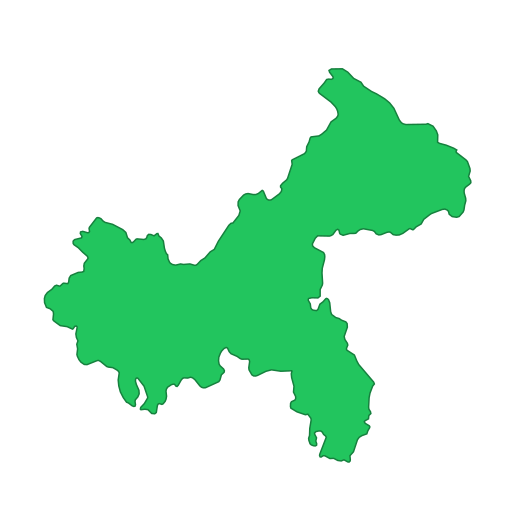 outline of Chongqing, rotated 6°
{"feature_id": "CHN-1154", "entity_name": "Chongqing", "entity_type": "Municipality", "adm_level": 1, "iso_a3": "CHN", "parent_name": "China", "parent_adm1": "", "projection": "mercator", "projection_center": [107.845, 30.195], "detail": "fine", "context": "isolated", "style": "filled", "palette": "green", "viewbox_px": 512, "rotation_deg": 6, "n_neighbors": 0, "source": "natural_earth", "source_scale": "10m", "svg_char_len": 6071}
<svg xmlns="http://www.w3.org/2000/svg" viewBox="0 0 512 512"><g transform="rotate(6 256 256)"><path d="M262.9,199.1L265.0,198.7L266.1,197.9L272.8,191.7L274.5,189.1L274.7,186.5L273.2,184.8L273.1,183.5L274.8,180.9L278.5,177.1L279.3,175.4L282.4,161.0L281.5,157.4L281.9,156.6L293.6,149.1L295.1,146.6L295.0,142.0L296.9,136.9L297.5,133.1L298.3,131.8L306.0,130.0L308.4,128.2L313.0,123.4L316.6,114.8L321.3,110.6L322.7,108.2L322.9,106.4L322.1,103.6L320.9,101.2L319.3,99.2L314.4,95.0L302.9,88.1L301.6,87.1L300.7,85.6L301.3,83.1L305.7,76.9L307.8,73.1L309.6,72.5L312.6,72.4L313.9,71.5L314.1,70.5L313.7,69.5L310.0,65.6L309.2,63.8L311.5,62.1L322.4,60.8L328.1,63.6L334.6,69.2L342.2,72.2L345.3,75.9L353.7,80.3L359.0,82.2L367.7,86.3L372.9,89.8L377.7,94.7L384.3,105.8L386.7,108.3L388.6,109.2L391.3,109.6L411.3,107.2L413.1,106.4L418.5,108.4L422.3,112.8L424.1,116.5L424.7,123.9L426.7,124.8L433.6,125.9L441.3,128.1L444.6,129.6L444.0,130.8L444.4,132.1L454.9,138.6L456.4,140.0L459.6,146.6L460.1,149.1L459.1,154.6L461.7,158.8L462.0,160.7L460.9,162.2L457.4,165.5L456.3,167.2L456.1,169.5L456.5,171.7L458.5,176.7L458.9,179.2L458.2,183.5L458.0,188.4L457.4,190.6L453.9,195.5L451.5,196.5L447.0,196.3L443.8,194.3L442.7,191.4L441.1,190.2L439.0,189.6L436.4,190.2L426.1,195.4L424.6,196.6L419.0,202.0L416.9,206.9L412.3,210.2L409.8,213.3L409.0,213.5L406.3,212.6L405.4,213.0L399.7,218.1L396.2,220.1L393.1,220.6L390.2,220.4L387.1,218.3L385.8,218.2L383.9,218.7L378.1,221.7L375.9,222.2L373.2,221.4L371.2,219.2L369.2,218.4L360.0,217.7L356.8,218.8L354.9,220.4L353.0,222.8L351.9,223.2L346.9,223.8L340.5,226.3L337.5,225.4L336.8,224.6L335.8,221.6L334.5,220.9L332.9,221.9L330.2,226.6L328.4,227.9L327.0,228.5L315.2,229.5L313.1,232.1L310.8,238.1L311.3,240.1L313.3,241.7L322.8,245.5L324.1,247.5L324.5,249.6L324.5,252.6L323.2,261.2L323.4,266.0L325.1,276.1L325.0,277.9L323.3,282.6L324.0,289.2L322.0,291.2L315.9,291.7L312.9,292.7L312.5,293.4L312.6,294.6L315.0,298.0L315.9,301.9L317.2,303.4L318.6,303.9L321.9,304.0L323.2,302.7L324.6,297.2L327.4,294.6L329.7,291.4L330.4,290.8L331.5,291.0L332.7,291.9L334.2,294.8L336.1,303.7L337.4,306.3L341.8,308.9L345.2,309.5L347.8,310.9L352.2,312.1L353.7,313.7L354.3,317.2L352.1,326.8L353.1,329.7L356.0,333.3L356.6,335.0L355.7,338.1L355.7,339.2L356.3,340.2L364.2,344.2L367.3,350.0L369.5,353.2L386.2,369.1L387.1,370.9L385.6,373.2L383.7,380.5L383.3,385.1L383.8,394.5L384.3,396.6L386.1,398.8L386.7,400.7L384.9,402.8L384.9,406.2L381.7,408.4L381.0,409.5L382.1,411.0L386.5,413.1L387.0,413.8L387.0,414.8L385.5,418.1L384.8,421.3L380.2,423.5L377.6,425.5L376.1,428.1L373.4,440.5L370.3,444.8L371.1,448.9L371.0,450.1L370.1,451.2L368.8,451.2L364.8,449.5L362.2,450.9L358.7,450.8L354.4,449.1L350.7,449.7L345.4,447.5L343.7,447.6L341.8,449.1L340.8,449.1L340.1,447.9L340.1,446.6L344.8,429.0L344.1,427.8L341.9,426.4L340.3,424.2L338.8,423.3L336.8,423.4L333.9,424.4L332.7,425.9L333.1,427.3L335.2,430.5L334.8,433.8L336.0,436.4L336.0,437.9L334.8,438.7L333.0,438.7L330.8,438.1L329.4,437.1L327.9,433.9L327.4,431.8L328.0,428.9L327.5,421.9L328.0,413.2L327.5,411.6L324.1,407.9L321.7,408.7L313.0,406.7L306.6,403.7L306.0,402.1L305.8,398.9L306.5,397.2L309.7,395.3L310.4,393.6L310.1,391.6L307.5,387.4L307.4,381.6L304.2,373.3L303.4,369.5L303.8,366.9L303.5,366.4L292.7,368.0L283.3,367.6L278.0,369.6L270.0,374.6L268.2,375.4L266.1,375.5L264.3,374.6L261.0,370.0L260.5,367.9L260.7,361.6L260.0,359.8L259.0,359.3L252.8,360.1L251.1,359.7L247.7,357.8L241.4,355.8L239.3,353.9L237.4,350.7L236.3,350.1L235.5,350.3L233.8,351.4L231.9,353.9L230.8,356.2L229.6,360.5L229.7,364.2L230.6,367.4L231.7,368.9L235.6,371.8L236.6,373.5L236.4,375.0L234.0,377.8L233.1,383.1L232.1,384.9L219.5,392.3L217.3,392.6L215.5,392.2L213.8,391.1L208.1,385.3L205.5,383.7L203.5,383.4L200.9,384.5L197.1,384.7L195.8,385.4L194.5,387.3L192.2,392.6L191.1,394.0L190.0,393.8L188.4,392.1L187.0,392.1L185.2,392.9L181.8,395.7L180.8,397.8L180.6,399.8L181.7,404.8L181.5,407.8L180.8,410.1L179.1,412.7L177.9,413.4L175.5,412.9L174.4,413.2L173.7,414.4L173.5,415.9L173.2,422.1L171.8,423.5L168.7,423.5L164.6,420.1L161.5,420.0L157.6,420.9L157.0,420.4L157.2,418.6L160.4,414.4L163.0,408.7L163.1,407.7L158.3,397.2L151.4,390.0L150.4,389.7L149.5,390.2L149.1,391.2L149.2,393.1L150.4,396.2L153.6,401.8L154.2,405.3L153.2,408.5L151.0,411.7L150.9,413.4L151.7,416.5L151.4,418.0L150.2,418.4L148.4,417.9L144.5,415.5L142.5,414.9L138.8,410.7L135.3,405.3L133.1,399.5L131.9,393.7L132.2,386.4L131.1,384.9L129.4,383.8L125.3,382.0L120.8,381.9L119.1,381.5L112.4,377.1L110.3,376.3L109.0,376.6L99.3,381.7L96.5,381.8L93.0,379.9L90.8,377.6L88.8,374.3L88.2,372.7L88.3,367.0L87.0,362.5L87.8,359.0L85.9,355.8L85.0,352.3L85.6,345.8L85.3,344.9L84.5,344.4L83.1,344.9L81.7,347.5L81.1,347.9L75.6,346.0L68.6,345.7L64.6,343.4L61.6,341.6L60.7,340.6L60.7,334.9L60.1,332.3L56.8,330.0L53.0,329.0L50.6,324.5L50.0,320.4L50.5,317.3L52.4,314.1L56.5,310.4L58.9,306.9L60.7,305.9L63.6,306.5L64.4,306.3L66.8,303.5L67.6,303.1L71.7,303.2L72.4,301.5L72.5,297.5L73.8,294.8L80.9,290.9L84.7,290.2L86.3,289.3L86.4,286.5L85.8,283.9L86.0,281.2L88.7,276.9L89.2,275.9L89.0,275.0L88.2,273.8L83.2,270.3L78.5,266.4L73.8,263.8L72.9,262.7L72.6,260.7L72.8,259.9L74.0,258.6L80.6,256.2L80.9,254.7L78.9,252.0L79.0,250.4L81.1,249.6L86.3,250.5L87.3,250.1L87.9,249.0L87.1,246.1L87.3,244.9L93.5,234.8L94.7,234.3L96.2,234.5L97.9,235.1L100.1,237.1L102.2,238.3L110.1,239.5L120.7,243.7L124.1,246.2L126.3,251.3L128.9,253.3L130.4,255.6L131.4,255.7L132.7,254.8L134.9,251.9L135.9,251.4L142.7,251.3L144.6,250.5L145.4,249.1L145.8,247.1L147.0,245.7L149.2,245.6L152.5,246.6L155.1,244.1L156.1,243.9L157.3,246.2L160.0,248.0L162.3,250.8L164.1,257.8L165.3,260.7L166.7,263.1L168.0,264.0L168.8,268.0L170.7,271.3L171.7,272.2L173.8,273.2L177.0,273.5L181.8,271.8L184.8,272.0L191.1,270.8L196.0,271.7L197.3,271.4L198.5,270.4L201.6,266.3L205.4,263.3L210.1,256.6L213.8,253.8L217.0,245.3L225.8,228.3L227.7,226.1L229.6,225.6L234.7,217.5L235.6,212.8L232.9,207.7L232.6,204.0L233.6,201.5L237.3,196.7L239.2,195.4L241.6,194.7L246.8,195.2L249.4,194.9L251.8,193.6L255.3,190.1L256.5,190.7L260.2,197.5L261.1,198.4L262.9,199.1Z" fill="#22c55e" stroke="#15803d" stroke-width="1.5"/></g></svg>